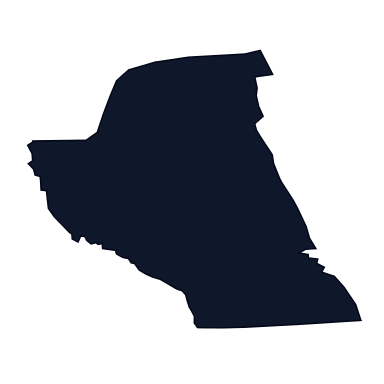 Vahun, Lofa, Liberia, rotated 267°
{"feature_id": "62588387B17909685690178", "entity_name": "Vahun", "entity_type": "district", "adm_level": 2, "iso_a3": "LBR", "parent_name": "Liberia", "parent_adm1": "Lofa", "projection": "robinson", "projection_center": [-10.503, 8.04], "detail": "fine", "context": "isolated", "style": "filled", "palette": "ink", "viewbox_px": 384, "rotation_deg": 267, "n_neighbors": 0, "source": "geoboundaries", "source_scale": "gbopen_adm2", "svg_char_len": 1561}
<svg xmlns="http://www.w3.org/2000/svg" viewBox="0 0 384 384"><g transform="rotate(267 192 192)"><path d="M251.3,35.8L250.5,36.1L247.3,30.3L238.8,34.3L231.5,34.5L228.9,30.0L223.1,35.0L217.1,36.2L215.5,41.1L210.8,41.4L201.8,41.4L200.9,46.7L192.0,47.2L189.3,47.4L183.2,47.7L174.6,53.1L158.4,67.2L156.2,69.9L151.4,69.9L148.0,75.6L153.8,78.5L153.2,82.5L149.1,84.4L145.4,88.6L146.4,93.3L144.6,95.5L145.2,99.6L140.2,99.8L138.1,110.5L137.9,112.9L135.7,112.9L134.1,113.4L131.5,117.5L130.1,120.0L128.9,125.0L124.5,127.5L123.5,130.9L120.9,132.6L116.8,135.2L112.4,141.8L109.2,148.1L106.5,155.6L102.1,162.4L96.0,171.6L93.9,176.9L89.7,180.3L83.0,181.7L77.0,183.3L73.8,185.1L67.6,187.9L61.1,187.4L56.3,190.4L55.8,197.7L55.3,206.7L54.9,213.5L54.7,219.2L54.5,226.8L54.2,238.8L54.3,297.5L55.0,354.0L55.4,353.8L71.0,349.6L89.0,338.8L100.4,329.7L102.8,323.4L105.2,317.3L108.0,319.0L109.9,320.3L114.2,312.8L118.5,314.1L120.0,304.8L123.5,304.8L124.2,301.5L125.4,295.5L128.9,302.4L129.0,309.6L129.0,312.7L139.8,306.9L151.5,304.2L169.8,296.7L178.3,292.7L196.6,282.2L200.9,280.2L216.4,274.9L224.7,274.2L226.4,273.3L238.1,266.4L244.5,262.7L249.0,260.3L250.3,259.6L256.9,258.2L258.5,260.2L263.9,267.0L265.2,266.5L274.1,263.0L275.5,262.8L283.6,261.4L285.0,261.2L292.4,262.5L303.6,260.7L303.7,261.7L304.2,266.6L304.7,272.8L305.2,278.7L309.9,276.6L329.8,267.5L327.0,251.8L326.9,233.2L326.8,195.8L323.6,162.0L317.3,135.3L313.2,130.1L312.9,129.7L307.0,122.5L292.6,115.5L274.0,107.4L257.0,100.7L256.5,100.5L249.2,88.9L251.3,35.8Z" fill="#0f172a" stroke="#020617" stroke-width="1.5"/></g></svg>